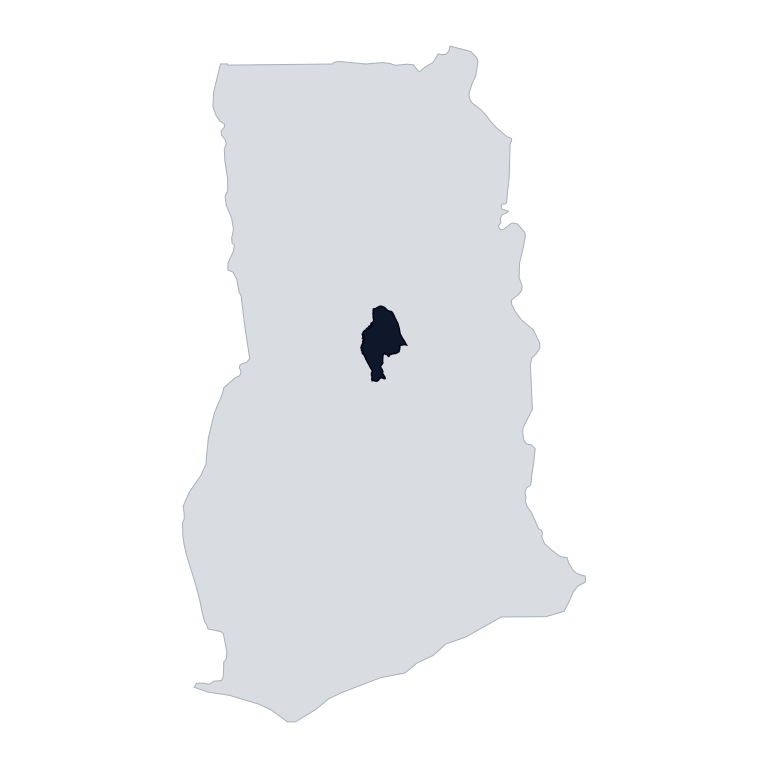 East Gonja Municipal, Northern, Ghana (highlighted)
{"feature_id": "2480657B20562210440652", "entity_name": "East Gonja Municipal", "entity_type": "district", "adm_level": 2, "iso_a3": "GHA", "parent_name": "Ghana", "parent_adm1": "Northern", "projection": "natural_earth1", "projection_center": [-1.128, 8.347], "detail": "fine", "context": "in_parent", "style": "filled", "palette": "ink", "viewbox_px": 768, "rotation_deg": 0, "n_neighbors": 0, "source": "geoboundaries", "source_scale": "gbopen_adm2", "svg_char_len": 7634}
<svg xmlns="http://www.w3.org/2000/svg" viewBox="0 0 768 768"><path d="M470.9,51.5L476.7,57.8L478.0,61.5L475.9,75.2L471.7,84.8L469.0,93.7L469.3,98.2L471.9,102.7L480.8,109.8L485.3,114.3L490.6,121.3L496.8,128.1L507.3,136.9L511.7,138.5L511.5,140.9L510.1,144.3L509.2,177.2L508.4,185.7L507.6,190.0L506.7,202.3L505.5,204.0L503.5,203.9L501.7,204.4L501.3,206.8L502.0,209.3L508.4,211.1L507.0,212.9L502.3,214.6L500.1,218.3L501.0,222.5L498.5,225.9L499.2,228.2L500.9,229.9L503.5,229.3L511.0,223.6L514.1,223.0L517.9,224.2L525.0,232.8L525.3,237.0L522.4,251.5L519.6,262.7L519.1,277.6L522.1,285.9L521.7,290.5L518.5,294.5L511.2,300.3L511.7,304.2L515.1,311.5L521.3,319.7L533.3,329.8L539.7,342.9L539.9,348.3L536.2,353.6L531.8,358.3L530.4,365.0L532.4,409.1L522.9,428.2L522.8,433.7L523.8,440.0L526.3,443.8L531.2,444.9L535.2,448.6L533.8,462.0L531.7,475.7L531.3,482.3L530.2,485.5L526.4,488.0L525.0,492.4L526.0,497.7L525.3,501.6L527.3,506.7L531.7,513.1L538.7,528.9L541.4,530.1L542.6,533.4L541.8,536.7L544.5,543.7L552.3,550.6L560.5,556.7L567.1,557.6L568.7,563.1L573.0,570.0L576.2,573.1L581.2,575.0L585.3,576.1L585.5,582.0L578.1,586.0L573.1,592.0L569.3,601.3L564.0,611.4L545.7,616.7L538.7,616.7L501.2,617.0L466.0,636.9L445.8,644.0L433.4,655.3L416.6,663.3L405.0,673.0L380.7,677.6L340.9,692.9L328.4,698.9L315.8,709.5L295.3,721.9L287.3,721.8L271.3,710.1L259.2,704.3L229.7,695.4L207.7,692.0L197.0,688.2L194.1,687.5L196.6,683.3L202.8,683.1L209.2,684.3L214.1,681.1L221.3,680.7L223.1,677.4L223.7,669.0L223.7,662.2L226.2,659.2L226.8,651.2L223.3,633.6L220.8,631.6L208.0,629.0L207.0,625.5L204.7,621.8L202.3,612.7L199.5,599.2L195.0,582.4L186.4,554.7L184.2,544.9L182.8,534.9L182.5,523.0L184.3,518.5L184.0,512.4L183.2,506.2L189.3,492.1L201.3,474.9L203.8,468.6L206.0,464.3L206.3,458.1L208.4,437.9L214.2,413.6L217.8,404.4L220.2,399.5L223.1,391.4L223.9,387.6L234.9,378.0L239.9,375.5L241.1,371.7L239.3,367.6L240.1,364.8L242.7,363.4L246.8,362.3L249.7,358.4L245.1,328.4L241.4,298.5L241.2,295.9L239.0,291.8L236.8,279.4L233.1,272.2L227.9,270.1L227.9,263.3L233.2,251.8L234.5,245.0L232.0,243.0L231.7,237.8L233.5,229.3L232.6,224.0L231.7,218.5L226.3,205.4L225.0,196.1L227.7,190.7L227.7,178.8L224.8,160.5L224.3,149.0L226.3,144.1L225.3,139.6L221.4,135.2L221.1,131.0L224.5,126.9L224.1,123.6L219.9,121.3L216.2,115.7L212.9,106.8L213.6,92.4L219.9,66.1L220.7,63.9L227.7,64.0L227.7,65.1L249.7,64.9L274.9,64.6L304.9,64.3L332.2,64.0L333.4,62.8L337.9,61.3L365.4,64.0L382.7,62.6L390.0,63.5L395.3,65.3L407.2,64.2L413.6,64.9L418.4,71.4L420.3,71.4L423.0,68.6L427.7,65.4L432.6,62.9L436.0,57.8L438.1,53.9L441.3,54.7L445.8,54.4L448.8,51.1L450.0,46.1L470.9,51.5Z" fill="#d9dde1" stroke="#a8b0b8" stroke-width="1"/><path d="M361.6,349.8L361.6,350.1L361.5,350.3L361.7,350.6L362.1,351.2L362.3,353.2L363.7,354.7L365.0,356.8L365.5,358.1L365.7,358.8L370.7,368.1L370.9,368.3L371.3,368.9L372.3,371.0L372.4,371.3L372.3,371.6L371.7,372.6L371.5,373.0L371.6,373.6L371.4,374.0L371.5,375.1L371.7,375.3L371.7,375.6L371.9,375.7L371.8,376.1L372.0,376.5L372.1,376.8L372.0,377.6L372.1,378.0L371.8,378.5L371.7,378.8L371.9,379.0L371.8,379.4L371.8,379.5L372.0,379.6L371.9,379.7L372.0,379.9L372.2,380.0L372.2,380.3L372.2,380.5L372.4,380.4L372.4,380.6L372.5,380.6L372.7,380.4L373.0,380.5L373.1,380.4L373.2,380.5L373.3,380.5L374.0,380.6L374.6,380.9L374.8,380.9L374.9,380.7L375.0,380.7L375.3,380.7L375.6,381.1L375.8,381.1L376.0,381.0L376.3,380.9L376.8,381.2L377.1,380.8L377.3,380.7L377.4,380.8L377.5,380.7L377.8,380.6L378.0,380.1L378.3,380.1L378.4,379.7L378.5,379.7L378.6,379.3L378.7,379.2L378.9,379.3L378.9,379.1L379.1,378.8L379.1,378.6L379.3,378.6L379.5,378.4L379.6,378.5L379.7,378.4L379.8,378.3L379.9,378.2L380.0,378.2L380.4,377.9L380.5,377.9L380.8,377.9L381.1,377.7L381.3,377.7L381.5,377.7L381.7,377.4L381.8,377.5L381.8,377.3L382.4,377.2L382.5,377.4L382.7,377.5L382.8,377.6L383.0,377.5L383.4,377.7L383.6,378.1L383.5,378.3L383.8,378.6L384.0,378.6L384.7,378.8L384.9,378.7L385.0,378.5L385.1,378.3L384.9,378.1L384.9,377.7L385.0,377.5L384.8,377.3L384.8,377.0L384.5,376.9L384.5,376.6L384.3,376.3L384.2,376.3L384.0,375.8L383.6,375.8L383.4,375.5L383.4,375.2L383.5,375.1L383.4,374.9L383.5,374.8L383.5,374.6L383.3,374.4L383.2,374.2L382.7,374.1L382.2,373.8L382.1,373.3L382.3,372.8L382.8,372.0L382.8,371.6L382.6,370.6L381.0,367.7L380.3,366.8L381.4,365.1L381.5,365.0L382.9,362.9L382.6,362.0L382.6,360.7L382.7,359.7L382.6,358.8L382.6,358.4L382.8,357.9L382.8,357.4L382.9,356.8L382.8,356.5L382.8,355.8L382.9,355.6L382.9,354.7L383.4,354.5L383.5,354.5L383.5,354.3L383.6,354.2L383.8,353.9L384.0,353.8L384.2,353.7L384.3,353.2L384.5,353.1L384.5,352.9L384.8,352.8L385.1,353.3L385.1,353.5L385.2,353.8L385.6,354.2L386.2,354.5L386.6,354.5L387.4,354.5L387.7,355.6L388.4,356.4L389.5,355.8L389.6,354.4L389.9,354.1L390.2,353.9L391.2,354.4L392.0,353.9L393.5,353.8L393.8,353.5L394.1,353.4L394.7,353.5L395.0,353.2L395.2,353.5L395.4,353.3L396.4,353.1L397.0,352.8L397.6,352.6L397.9,352.2L398.1,352.2L398.3,351.9L398.7,351.8L399.1,351.6L399.0,351.1L399.3,349.5L399.6,349.5L399.9,347.2L399.8,346.7L399.6,346.5L399.3,346.4L399.4,345.7L402.2,345.0L404.6,344.5L406.5,345.0L404.0,340.5L402.4,338.2L400.1,333.8L399.2,328.5L397.7,323.0L396.6,321.2L396.0,319.8L395.0,318.0L394.7,317.3L394.3,316.2L393.2,313.9L392.4,312.7L391.9,312.0L391.1,311.5L390.2,311.4L388.1,310.8L387.4,310.1L386.7,309.8L385.3,308.1L383.8,307.1L382.5,306.6L381.7,306.3L379.7,306.3L378.1,307.2L377.2,307.5L376.5,308.1L376.1,308.4L375.1,308.8L373.4,308.9L373.1,311.2L373.4,312.2L373.0,312.9L372.9,313.6L373.2,314.4L373.3,315.2L373.2,315.9L373.2,316.8L373.3,318.0L373.7,319.6L373.6,320.1L373.3,321.4L372.6,322.5L372.6,322.9L372.5,323.1L372.0,323.6L371.9,323.9L371.8,323.7L371.7,323.8L371.5,323.6L371.5,323.8L371.1,323.9L371.1,323.7L370.9,323.9L371.0,324.3L370.9,324.5L371.2,324.9L371.4,324.9L371.5,325.2L371.5,325.5L371.6,326.0L371.6,326.4L371.4,326.3L371.2,326.7L370.8,326.8L370.7,326.6L370.8,326.3L370.7,326.0L370.7,325.8L370.2,325.7L370.1,325.9L370.2,326.0L369.9,326.2L370.0,326.4L369.9,326.5L369.5,326.5L369.3,326.4L369.2,326.5L369.1,326.4L368.7,326.4L368.7,326.5L369.0,326.8L368.9,327.0L369.1,327.4L369.0,327.6L369.0,328.0L368.9,328.1L368.9,328.3L368.5,328.4L368.3,328.2L368.2,328.2L367.8,328.3L367.6,328.2L367.5,328.3L367.4,328.2L367.3,328.4L367.0,328.6L367.0,328.4L366.7,328.6L366.6,328.8L366.5,328.7L366.4,328.8L366.6,329.4L366.6,329.6L366.4,329.7L366.4,330.0L366.2,330.0L365.7,330.1L365.5,330.3L365.5,330.7L365.0,330.7L364.9,330.8L364.6,330.7L364.6,330.8L364.4,330.9L364.5,331.1L364.3,331.2L364.2,331.4L364.0,331.7L363.9,331.6L363.8,331.8L363.5,331.8L363.3,332.1L363.1,332.4L363.1,333.0L362.9,333.3L362.9,333.6L362.8,334.0L362.8,334.5L362.7,334.5L362.8,334.6L362.7,334.8L362.8,334.8L362.8,335.1L363.0,335.1L363.2,335.3L363.3,335.2L363.4,335.3L363.5,335.6L363.4,335.9L363.3,336.0L363.5,336.3L363.3,336.3L363.1,336.5L363.3,336.6L363.1,336.7L363.3,336.9L363.1,337.0L363.1,337.3L363.0,337.2L362.9,337.4L363.0,337.5L362.9,337.7L363.1,337.6L363.1,337.8L363.3,337.9L363.2,338.2L363.1,338.4L363.1,338.6L363.1,338.8L363.2,339.0L363.4,339.2L363.3,339.4L363.4,339.5L363.5,339.8L363.3,340.1L363.5,340.1L363.4,340.2L363.6,340.4L363.5,340.5L363.3,340.6L363.4,340.8L363.3,341.1L363.2,341.1L362.9,341.1L362.9,341.4L362.7,341.5L362.9,341.8L363.0,341.9L362.9,342.2L363.0,342.3L363.2,342.5L363.0,343.0L362.9,343.1L362.7,343.3L362.8,343.4L362.7,343.5L362.6,344.0L362.4,344.5L362.2,344.7L362.0,344.8L361.7,345.1L361.7,345.5L361.5,346.0L361.4,346.1L361.3,346.3L361.3,346.6L361.4,346.8L361.6,346.9L361.4,347.1L361.6,347.3L361.6,347.5L361.3,347.6L361.1,347.8L361.3,348.0L361.5,348.3L361.3,348.4L361.4,348.7L361.5,349.0L361.4,349.4L361.6,349.7L361.6,349.8Z" fill="#0f172a" stroke="#020617" stroke-width="1.5"/></svg>